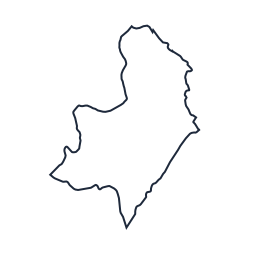 the Province of Krâchéh, rotated 226°
{"feature_id": "KHM-1793", "entity_name": "Krâchéh", "entity_type": "Province", "adm_level": 1, "iso_a3": "KHM", "parent_name": "Cambodia", "parent_adm1": "", "projection": "orthographic", "projection_center": [106.195, 12.682], "detail": "fine", "context": "isolated", "style": "outline", "palette": "slate", "viewbox_px": 256, "rotation_deg": 226, "n_neighbors": 0, "source": "natural_earth", "source_scale": "10m", "svg_char_len": 3821}
<svg xmlns="http://www.w3.org/2000/svg" viewBox="0 0 256 256"><g transform="rotate(226 128 128)"><path d="M198.6,201.3L196.5,201.5L193.8,203.1L191.9,205.9L190.5,209.8L188.3,212.9L185.8,213.6L180.0,212.3L180.9,214.1L170.9,212.7L165.3,212.6L161.7,215.2L160.1,215.1L159.5,214.3L159.0,213.2L158.0,212.4L156.4,212.2L155.1,212.3L152.3,213.1L152.5,213.5L151.7,213.5L143.6,215.5L142.6,215.5L139.9,215.0L139.1,214.9L138.6,215.0L135.3,216.2L134.4,216.4L133.8,216.4L133.4,216.2L133.1,216.0L132.8,215.7L132.2,214.8L126.7,214.8L125.3,214.3L125.2,213.8L125.2,213.4L125.3,213.0L125.4,212.6L125.6,212.2L125.9,211.9L126.1,211.6L126.4,211.4L127.0,210.8L127.3,210.2L127.5,209.9L127.5,209.5L127.5,209.4L125.7,205.7L124.9,204.6L124.3,204.0L123.9,203.8L123.2,203.5L121.9,202.6L119.8,201.1L119.2,200.8L118.7,200.8L117.3,200.7L116.8,200.5L114.7,199.5L113.5,198.9L113.0,198.6L112.7,198.2L112.9,197.9L113.1,197.6L113.4,197.3L113.8,196.6L114.0,196.2L114.1,195.8L114.1,195.3L114.0,194.6L113.6,193.8L112.8,192.3L112.2,191.8L111.7,191.6L111.1,191.6L110.7,191.7L109.2,191.2L108.6,188.9L108.4,188.6L108.0,188.1L104.9,185.9L103.3,185.1L99.3,184.4L95.8,183.0L94.9,182.7L94.2,182.6L93.7,182.7L93.2,182.7L92.8,182.9L91.9,183.6L91.5,183.7L88.3,184.3L87.2,179.5L86.6,179.0L86.2,179.1L84.1,179.0L78.3,177.7L77.6,178.0L77.2,177.9L77.4,174.3L77.6,173.8L77.9,173.2L78.5,172.8L79.1,172.1L80.2,170.5L80.6,169.4L80.8,168.5L80.4,162.5L78.8,153.3L77.5,148.8L74.3,134.6L70.8,124.0L70.6,121.4L69.2,116.4L69.5,114.1L69.2,110.2L69.5,108.9L69.7,108.6L70.1,107.8L70.2,107.4L70.3,106.9L70.2,106.1L70.0,105.3L69.2,103.7L68.4,102.4L67.1,101.1L66.9,100.7L66.8,100.2L67.0,99.5L67.3,99.0L68.0,98.0L68.4,97.3L68.5,96.8L68.4,96.3L68.2,95.6L67.6,94.7L67.1,94.2L66.7,93.9L66.1,93.4L65.8,93.2L65.6,92.5L64.3,84.3L64.3,83.4L64.4,82.7L65.2,80.7L65.4,79.8L65.3,79.1L64.9,78.2L64.0,76.6L63.0,75.3L61.4,73.7L61.1,73.4L57.4,57.7L67.5,62.7L72.0,63.8L73.5,64.6L83.9,72.8L87.6,74.8L90.2,76.0L91.2,76.2L92.5,76.2L94.2,76.0L98.8,74.5L99.2,74.3L99.8,73.6L100.5,72.5L102.7,68.6L103.0,67.6L103.1,66.0L103.2,65.5L103.5,65.1L104.3,64.8L104.8,64.8L105.1,64.9L105.3,65.0L107.2,65.7L107.5,65.7L107.8,65.8L108.3,65.7L108.7,65.6L109.1,65.5L109.4,65.3L109.6,64.9L109.8,64.4L110.6,60.5L110.8,59.8L118.1,49.0L119.5,48.0L120.1,47.5L121.1,47.1L122.1,46.8L127.4,46.4L130.5,47.0L131.4,46.9L132.2,46.6L132.9,45.8L134.1,44.3L134.7,43.8L135.6,43.4L142.3,40.5L144.2,40.0L148.4,39.6L148.8,52.7L148.2,55.0L148.2,55.5L148.8,58.0L150.5,62.5L151.6,64.1L155.2,66.0L156.3,66.9L156.9,67.7L157.1,68.1L157.3,68.5L157.4,69.0L157.5,69.5L157.6,70.1L157.4,70.6L157.2,70.9L156.8,71.1L156.3,71.2L149.7,71.0L149.1,71.3L148.5,71.8L147.6,72.9L147.1,73.7L146.9,74.3L146.9,74.7L147.0,77.9L147.2,78.7L147.5,79.2L148.0,79.7L151.6,84.7L151.9,85.1L152.2,85.3L152.5,85.5L154.0,86.3L154.3,86.5L154.6,86.9L155.5,88.2L156.2,89.0L157.3,89.6L158.5,90.2L158.8,90.3L159.3,90.3L161.3,90.3L161.7,90.4L162.7,90.6L163.0,90.8L163.4,91.0L164.9,92.7L171.8,96.9L176.1,98.7L176.9,99.2L177.3,99.6L177.6,100.0L177.8,100.9L178.0,102.3L178.5,106.8L178.3,108.2L178.1,108.5L177.7,108.7L177.4,108.9L176.7,109.2L176.0,109.8L175.2,110.6L173.8,112.8L173.0,113.7L172.4,114.3L169.0,115.8L166.6,116.5L164.4,117.8L161.6,118.5L157.0,121.4L155.2,123.1L152.6,127.4L149.6,138.8L149.1,141.8L149.4,143.7L149.4,146.3L149.5,146.7L149.6,147.1L150.0,147.7L150.6,148.1L154.0,149.7L159.5,153.3L161.0,154.0L163.4,155.4L164.3,156.0L164.8,156.3L165.6,156.7L167.2,157.2L167.6,157.4L167.9,157.6L170.8,160.2L171.2,160.8L171.8,161.6L173.1,164.5L174.6,169.8L175.1,170.9L175.4,171.3L176.0,171.8L177.8,172.9L179.6,173.6L182.6,174.0L187.4,175.3L189.0,176.0L190.3,176.9L191.4,177.4L191.9,177.7L192.3,178.1L193.5,179.4L194.3,180.1L195.2,181.0L196.1,182.4L196.6,183.7L198.3,186.3L198.4,187.4L197.9,195.3L198.5,200.6L198.6,201.3L198.6,201.3Z" fill="none" stroke="#1e293b" stroke-width="2"/></g></svg>